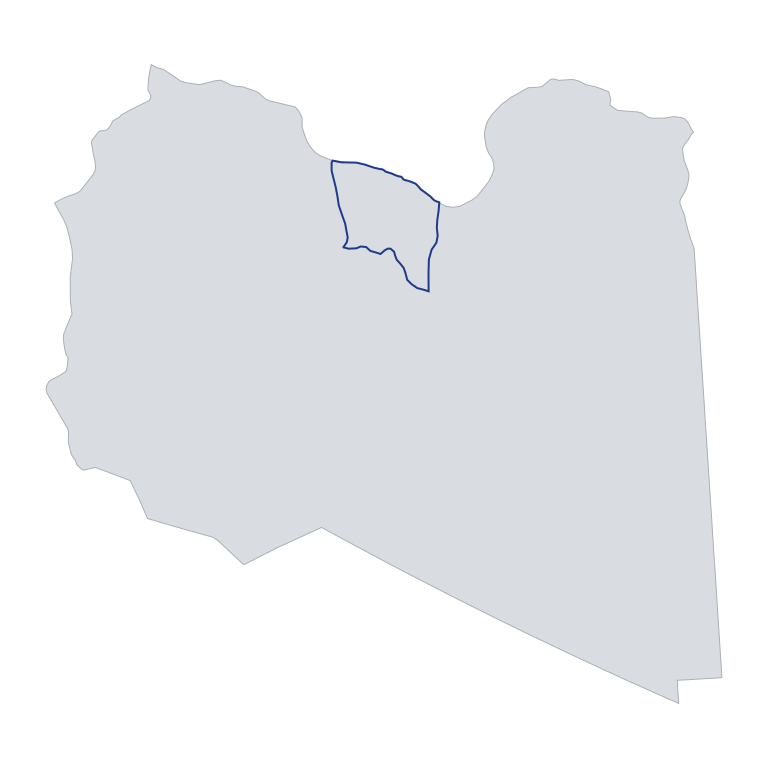 Surt on a map of Libya (Albers equal-area conic projection)
{"feature_id": "LBY-2985", "entity_name": "Surt", "entity_type": "Municipality", "adm_level": 1, "iso_a3": "LBY", "parent_name": "Libya", "parent_adm1": "", "projection": "albers", "projection_center": [17.512, 29.873], "detail": "fine", "context": "in_parent", "style": "outline", "palette": "blue", "viewbox_px": 768, "rotation_deg": 0, "n_neighbors": 0, "source": "natural_earth", "source_scale": "10m", "svg_char_len": 4082}
<svg xmlns="http://www.w3.org/2000/svg" viewBox="0 0 768 768"><path d="M63.5,198.2L68.5,196.1L75.5,193.7L79.2,191.8L80.8,190.2L86.4,183.2L89.4,179.4L93.4,174.1L95.2,170.4L95.5,166.8L95.2,162.5L93.0,152.1L91.3,141.9L93.4,138.2L95.0,136.4L98.4,132.0L99.7,131.1L106.6,130.1L109.5,127.1L111.8,123.3L112.4,121.3L115.5,119.3L119.2,117.4L121.5,114.7L128.9,110.8L135.6,107.2L143.3,103.5L149.3,100.6L150.7,97.9L150.7,95.4L147.9,89.8L148.2,83.2L148.7,77.8L149.2,74.6L151.0,65.8L151.2,64.6L157.1,67.8L163.2,69.3L181.0,81.2L186.8,82.9L199.6,84.7L215.0,80.8L220.8,80.2L230.6,84.8L235.0,86.2L242.4,86.7L254.9,91.0L258.1,92.4L265.3,98.8L268.8,100.7L295.0,106.9L298.6,110.7L302.1,118.0L302.1,126.8L304.0,133.3L307.1,141.7L311.0,147.7L315.4,152.6L320.4,155.8L332.0,160.5L345.2,162.4L358.4,163.1L381.3,169.4L400.7,176.6L405.5,180.2L415.2,183.6L434.8,200.5L445.6,206.3L453.2,207.3L460.0,206.2L472.0,200.1L477.0,196.5L488.8,181.5L492.6,173.8L494.1,168.3L493.5,162.9L491.9,158.0L488.5,152.9L486.0,146.1L484.3,133.8L486.0,125.3L488.2,120.1L491.7,114.8L501.3,104.6L511.1,97.3L528.3,87.7L538.4,87.2L542.6,86.1L550.7,79.3L554.1,79.0L558.8,80.4L572.5,79.4L578.6,80.9L586.0,84.7L595.3,86.8L601.8,89.0L608.8,91.8L610.8,99.8L610.1,102.2L610.1,105.3L617.5,110.4L638.0,112.0L642.1,113.2L647.9,117.1L651.6,118.2L665.6,118.0L673.7,116.6L681.5,117.6L684.5,118.8L687.6,121.9L691.8,129.7L693.4,132.3L691.9,133.7L689.9,136.7L688.7,139.3L685.2,143.6L682.4,148.1L683.1,154.5L684.2,160.9L686.7,167.1L689.0,174.0L688.8,178.6L687.6,184.4L686.1,189.2L680.6,199.3L679.8,201.7L680.3,204.9L684.8,216.2L685.3,219.8L688.2,230.9L690.9,239.8L693.6,246.8L694.1,248.8L694.8,259.3L695.5,269.9L696.2,280.4L696.8,290.9L697.5,301.4L698.2,312.0L698.9,322.5L699.6,333.0L700.3,343.6L700.9,354.1L701.6,364.6L702.3,375.1L703.0,385.6L703.7,396.2L704.4,406.7L705.0,417.2L705.7,427.7L706.4,438.2L707.1,448.7L707.8,459.2L708.5,469.7L709.1,480.2L709.8,490.6L710.5,501.1L711.2,511.6L711.9,522.1L712.5,532.5L713.2,543.0L713.9,553.5L714.6,563.9L715.3,574.4L715.9,584.8L717.4,608.0L718.9,631.1L720.4,654.2L721.9,677.3L721.7,677.5L721.4,677.7L710.4,678.4L699.3,679.0L688.3,679.7L677.3,680.3L677.6,686.1L677.9,691.9L678.3,697.6L678.6,703.4L656.5,693.6L634.5,683.8L612.6,673.8L590.8,663.7L569.0,653.5L547.4,643.2L525.8,632.9L504.3,622.4L483.0,611.8L461.7,601.2L440.5,590.4L419.3,579.5L398.3,568.6L377.4,557.6L356.6,546.4L335.8,535.2L321.5,527.4L305.9,534.6L293.7,540.2L277.5,547.6L258.8,557.1L244.4,564.4L243.7,564.3L243.1,564.1L228.7,550.7L217.6,540.2L212.6,537.1L191.1,531.2L169.9,525.1L147.6,518.6L143.9,510.2L139.8,500.7L134.2,488.9L130.8,481.6L129.6,480.4L112.7,473.9L95.0,467.4L84.2,470.1L82.3,469.7L79.5,467.4L76.6,464.4L75.3,460.3L71.4,454.7L68.3,442.3L68.5,432.6L68.0,429.1L59.6,414.8L52.0,401.8L46.9,393.1L46.1,389.3L47.1,384.7L49.6,380.7L58.1,376.4L65.8,371.6L67.0,367.9L68.2,357.8L66.0,354.5L64.6,348.3L63.4,340.0L63.5,334.8L67.5,324.6L72.0,313.9L70.4,301.7L70.2,277.3L72.6,258.3L72.2,251.3L71.8,248.4L69.9,239.2L67.6,229.7L66.5,226.4L63.2,218.6L57.5,208.9L54.6,203.0L59.3,200.3L63.5,198.2Z" fill="#d9dde1" stroke="#a8b0b8" stroke-width="1"/><path d="M332.6,160.6L341.5,162.3L356.3,162.6L364.9,164.6L373.7,167.6L380.5,169.2L381.9,169.2L382.3,169.3L382.6,169.5L384.1,170.3L385.2,171.4L385.6,171.7L386.0,171.8L391.9,173.6L395.1,175.1L398.5,176.3L401.4,176.8L401.9,177.3L403.0,179.0L403.8,179.6L404.6,180.0L408.2,180.8L414.6,183.2L415.9,184.0L417.1,185.1L420.7,189.3L430.6,196.6L432.9,199.1L434.1,200.2L436.8,201.6L438.5,201.9L439.3,202.3L438.6,210.8L437.3,220.0L436.8,227.8L437.7,235.7L436.4,242.7L431.6,249.7L428.9,259.4L428.5,272.9L428.6,290.5L428.6,291.3L423.9,289.8L417.3,288.1L411.6,284.2L407.2,279.8L405.5,273.2L403.7,268.0L400.2,263.6L396.7,259.7L395.0,255.3L394.1,251.8L390.6,248.7L387.5,248.7L384.5,250.5L380.5,254.0L376.6,252.7L370.4,250.9L366.1,247.0L360.8,246.5L356.4,248.3L348.6,248.7L343.7,247.4L343.0,247.8L346.8,242.2L347.7,237.4L346.5,231.2L345.2,223.8L341.8,214.2L338.8,205.5L337.5,196.7L335.8,187.6L333.3,177.6L331.6,170.6L331.6,162.8L332.4,161.1L332.6,160.6L332.6,160.6Z" fill="none" stroke="#1e3a8a" stroke-width="2"/></svg>